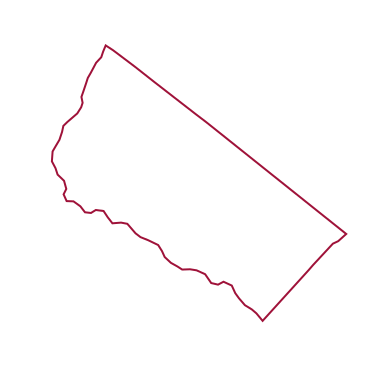 Nova Olímpia, Paraná, Brazil (Natural Earth projection), rotated 123°
{"feature_id": "56859067B47748019346141", "entity_name": "Nova Olímpia", "entity_type": "district", "adm_level": 2, "iso_a3": "BRA", "parent_name": "Brazil", "parent_adm1": "Paraná", "projection": "natural_earth1", "projection_center": [-53.054, -23.423], "detail": "fine", "context": "isolated", "style": "outline", "palette": "rose", "viewbox_px": 384, "rotation_deg": 123, "n_neighbors": 0, "source": "geoboundaries", "source_scale": "gbopen_adm2", "svg_char_len": 971}
<svg xmlns="http://www.w3.org/2000/svg" viewBox="0 0 384 384"><g transform="rotate(123 192 192)"><path d="M261.6,62.6L193.8,51.6L187.3,50.7L158.6,45.7L153.6,42.6L143.2,39.8L125.7,217.8L124.7,231.0L120.3,283.2L118.0,308.4L116.1,335.5L116.1,344.2L122.6,343.0L128.4,341.5L135.8,342.8L147.3,341.8L153.1,341.5L158.6,340.0L166.8,337.9L172.5,336.5L176.8,332.3L181.3,331.1L188.6,331.0L200.9,334.6L206.6,335.9L212.4,333.7L220.4,331.6L227.6,331.3L233.9,331.0L242.6,326.2L246.4,319.4L250.6,314.2L252.3,305.4L257.9,299.1L263.9,298.4L267.9,292.2L264.4,286.3L264.8,277.8L267.3,270.7L264.6,265.3L259.5,262.9L256.1,255.8L259.1,248.9L261.6,241.7L256.3,234.8L253.9,228.9L257.4,216.9L257.9,210.6L256.3,202.5L254.9,191.5L257.9,185.0L261.4,179.5L262.9,171.1L262.4,163.6L262.4,158.0L257.9,151.6L255.2,145.5L253.8,136.2L257.9,126.3L255.5,119.7L250.1,116.7L248.8,107.7L253.3,100.6L255.6,94.6L258.1,86.0L257.9,77.9L258.7,71.9L261.6,62.6Z" fill="none" stroke="#9f1239" stroke-width="2"/></g></svg>